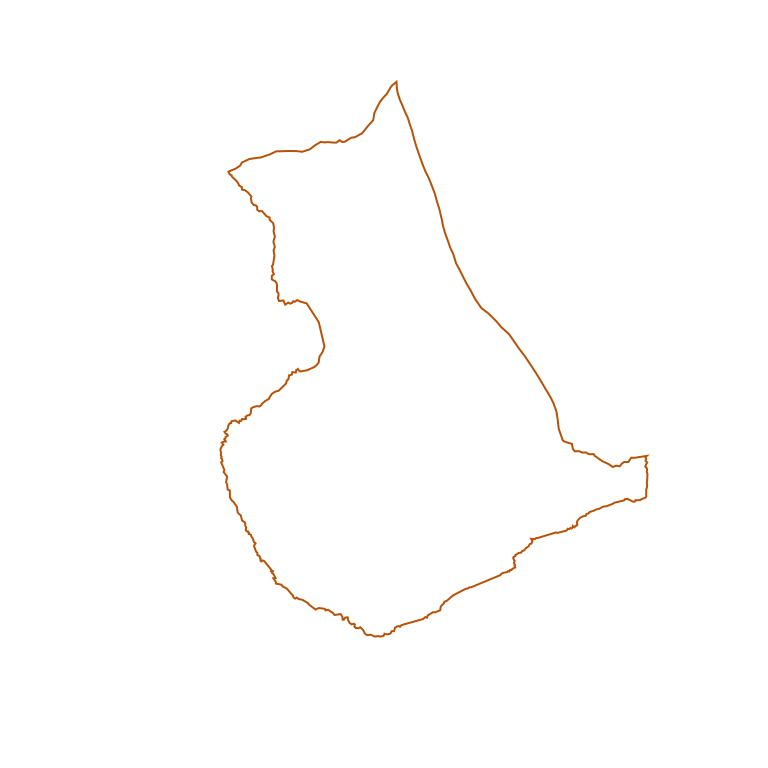 outline of Luba, Bioko Sur, Equatorial Guinea, rotated 317°
{"feature_id": "11065452B69220194361963", "entity_name": "Luba", "entity_type": "district", "adm_level": 2, "iso_a3": "GNQ", "parent_name": "Equatorial Guinea", "parent_adm1": "Bioko Sur", "projection": "mercator", "projection_center": [8.565, 3.411], "detail": "fine", "context": "isolated", "style": "outline", "palette": "amber", "viewbox_px": 768, "rotation_deg": 317, "n_neighbors": 0, "source": "geoboundaries", "source_scale": "gbopen_adm2", "svg_char_len": 5638}
<svg xmlns="http://www.w3.org/2000/svg" viewBox="0 0 768 768"><g transform="rotate(317 384 384)"><path d="M415.0,122.6L414.1,125.4L414.9,127.5L414.2,128.4L414.6,134.8L414.2,137.8L413.4,140.3L414.3,143.1L412.7,144.9L414.3,147.1L415.1,150.6L414.9,156.3L413.3,157.5L411.0,161.0L410.8,164.6L412.1,165.7L412.0,168.0L410.1,170.1L410.5,172.7L412.7,174.2L412.5,181.1L413.9,184.2L412.3,186.0L412.6,190.8L410.3,194.5L407.2,197.2L404.7,201.8L401.3,203.7L399.9,204.9L397.7,209.2L394.3,211.0L391.5,215.3L384.3,221.0L382.5,221.3L380.7,224.5L379.5,225.4L378.4,228.5L375.7,228.4L373.3,231.0L374.5,234.6L374.3,236.8L373.0,238.9L368.8,243.3L368.8,245.4L367.7,246.9L365.1,248.7L363.8,251.7L367.5,254.4L367.0,255.1L365.9,258.6L369.5,259.1L370.2,261.3L372.2,262.0L374.0,261.5L374.9,263.1L377.7,263.4L379.1,266.9L382.4,272.3L379.8,287.0L378.4,294.4L366.0,316.0L361.1,318.6L355.5,320.0L350.6,323.9L347.4,324.2L344.6,324.1L336.7,321.3L331.3,317.7L330.9,316.4L331.3,314.3L330.3,314.3L329.5,313.9L327.3,315.4L325.1,312.8L322.9,314.3L320.5,312.9L317.2,315.4L315.4,315.1L312.8,316.8L302.5,317.1L299.4,315.5L295.4,314.7L291.9,315.5L289.7,316.4L285.5,315.4L281.3,315.2L280.3,315.7L277.7,315.6L275.8,313.4L272.7,311.8L270.3,311.3L266.4,314.6L264.6,315.0L262.3,313.7L260.4,313.6L259.5,315.4L258.2,314.7L256.1,312.8L254.5,313.6L253.3,312.3L251.4,313.5L250.6,310.8L250.6,309.4L247.1,307.2L245.4,308.4L244.2,307.4L242.0,308.2L239.2,310.1L236.6,310.6L234.7,310.2L234.4,312.6L235.1,314.2L234.5,315.2L232.0,314.8L231.1,315.5L229.6,315.4L229.1,318.1L227.0,316.6L225.4,316.2L225.1,318.9L222.9,318.9L220.0,320.1L218.6,321.8L217.9,323.4L216.3,324.5L215.6,326.4L214.4,327.0L214.4,328.3L213.3,330.3L211.4,330.4L208.6,338.1L206.7,339.0L206.2,344.6L201.4,348.3L200.9,350.3L197.7,354.5L198.6,356.8L194.0,361.8L193.2,365.5L193.5,367.5L192.7,373.3L189.5,378.0L189.3,380.1L189.7,382.4L187.1,387.0L187.9,390.6L185.8,393.3L185.3,394.9L183.3,396.4L183.2,398.0L184.1,399.2L183.4,400.1L183.7,400.8L182.8,401.5L183.7,402.9L183.7,403.9L182.9,405.2L182.8,407.1L181.1,411.1L181.4,412.9L178.5,413.7L176.1,419.3L176.3,421.1L174.8,422.6L175.4,424.5L175.3,426.1L174.3,427.3L174.5,428.0L173.3,428.9L173.2,430.0L175.0,430.4L175.6,431.7L174.9,443.0L173.7,443.9L175.1,445.1L173.2,445.9L173.5,447.6L172.3,451.9L170.6,450.6L170.0,454.7L168.8,456.2L172.1,460.8L171.9,463.3L173.4,467.2L173.0,476.9L172.2,478.3L172.8,480.5L174.6,480.7L174.9,483.2L176.3,484.8L177.3,486.7L178.9,492.2L178.8,494.7L180.1,502.3L182.5,502.9L183.8,503.7L186.8,507.3L187.5,508.7L186.9,509.6L189.1,511.0L190.5,516.7L190.3,519.2L195.4,522.7L194.7,526.2L193.0,528.2L193.9,529.0L196.2,528.4L198.3,529.8L196.6,532.5L195.9,535.6L196.5,537.8L198.5,538.7L198.6,540.1L196.9,541.2L196.9,543.1L198.9,545.2L200.8,545.7L200.9,550.0L199.9,552.9L200.1,555.3L200.8,556.6L203.1,558.0L205.2,562.6L208.1,564.6L209.0,566.2L211.9,567.9L214.1,567.0L215.3,569.0L216.5,569.9L218.6,570.9L221.1,570.0L222.8,571.6L225.8,569.8L228.0,570.2L229.7,571.0L230.1,572.4L232.5,572.3L252.4,582.6L255.2,582.6L256.1,584.2L258.1,583.1L264.2,584.3L265.7,585.9L270.9,587.8L273.6,585.5L276.0,585.2L278.0,585.3L279.5,584.4L282.2,585.4L284.7,585.5L285.2,585.5L288.0,585.6L290.1,585.7L293.9,586.7L294.3,586.8L304.0,589.5L305.6,590.6L307.7,590.9L308.6,591.9L338.7,603.1L340.7,602.9L342.5,603.5L345.9,605.6L347.4,605.6L347.9,606.6L349.5,606.0L350.4,607.0L351.8,606.7L354.8,607.7L355.4,605.9L356.5,605.7L356.9,603.5L359.0,602.5L359.1,601.1L359.9,599.2L361.0,598.9L362.6,599.5L363.6,598.6L365.2,599.1L367.3,599.4L369.1,600.8L371.3,600.4L372.5,601.2L375.9,600.9L379.0,601.3L381.5,600.5L382.9,601.2L385.3,600.3L386.0,597.6L388.4,600.3L390.1,600.5L391.5,601.5L408.4,609.8L409.2,611.1L417.5,615.7L419.7,615.2L420.4,616.4L422.2,616.5L422.8,617.7L424.1,617.4L425.2,616.6L425.2,617.7L425.5,618.7L427.4,618.4L428.0,618.8L429.3,618.9L430.0,617.6L431.0,616.5L432.6,615.9L435.3,615.6L436.8,615.7L437.7,616.1L439.9,616.7L441.7,618.0L443.4,617.1L445.2,618.1L447.2,617.9L451.4,619.9L453.2,620.3L456.7,622.2L460.0,622.9L462.2,624.1L463.4,625.2L469.5,627.6L471.6,628.0L480.2,632.9L481.4,632.4L483.7,634.0L485.9,640.0L487.3,641.1L488.7,640.5L492.0,643.6L493.8,643.8L497.6,645.4L499.1,645.1L503.7,640.1L505.8,638.9L507.6,637.3L509.1,635.2L510.2,634.5L515.3,629.5L516.3,627.4L518.5,625.6L518.9,623.9L518.8,622.5L521.5,621.3L522.9,621.0L523.0,618.4L524.8,617.4L525.2,615.8L527.1,615.8L517.0,608.9L514.5,606.5L509.5,607.7L506.6,604.9L504.1,604.4L500.3,605.0L498.1,602.1L494.7,600.7L493.7,595.9L491.0,589.3L489.1,580.2L489.6,578.4L486.0,575.1L485.0,571.8L482.2,569.3L480.9,566.2L477.6,563.3L477.8,560.4L480.6,555.9L478.8,553.0L477.1,550.0L476.2,547.4L481.3,535.8L486.5,528.8L491.6,521.3L495.1,512.9L497.0,506.3L498.7,498.0L500.6,489.7L502.5,480.3L504.1,471.2L505.9,460.2L507.0,449.4L508.5,439.2L509.4,432.9L508.6,422.8L508.9,414.6L508.5,403.7L507.0,394.8L508.6,383.9L511.1,374.9L512.8,367.0L515.1,359.0L517.2,352.0L519.1,344.7L523.2,336.4L525.5,329.3L529.1,321.2L532.0,314.4L535.0,308.6L538.9,302.4L543.8,293.8L546.9,287.2L551.1,279.2L554.5,270.8L557.3,263.6L559.3,256.7L562.3,249.0L565.5,241.6L569.0,233.6L573.3,225.0L577.3,217.8L579.8,212.0L583.0,205.5L584.6,200.3L587.6,192.3L589.5,186.9L592.1,181.1L595.1,176.5L599.2,171.6L593.7,171.1L590.5,171.7L583.9,173.7L578.6,174.1L573.0,175.0L562.0,179.1L556.0,183.7L547.7,184.4L539.3,185.7L531.3,183.8L527.9,181.5L520.4,180.0L518.5,178.5L517.7,175.4L513.6,174.9L510.8,172.0L507.9,168.8L504.9,166.4L502.9,163.8L496.4,162.4L489.8,161.8L482.6,158.4L478.5,153.6L473.2,148.6L467.6,143.7L463.8,140.3L457.6,138.4L448.6,134.4L443.6,130.8L438.9,127.6L431.2,125.1L427.5,126.2L422.0,125.2L416.2,123.0L415.0,122.6Z" fill="none" stroke="#b45309" stroke-width="2"/></g></svg>